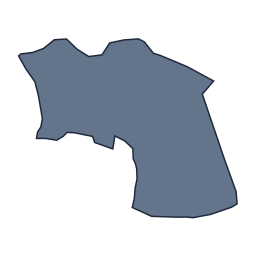 the District of Sembabule, rotated 351°
{"feature_id": "UGA-3077", "entity_name": "Sembabule", "entity_type": "District", "adm_level": 1, "iso_a3": "UGA", "parent_name": "Uganda", "parent_adm1": "", "projection": "robinson", "projection_center": [31.266, -0.042], "detail": "fine", "context": "isolated", "style": "filled", "palette": "slate", "viewbox_px": 256, "rotation_deg": 351, "n_neighbors": 0, "source": "natural_earth", "source_scale": "10m", "svg_char_len": 776}
<svg xmlns="http://www.w3.org/2000/svg" viewBox="0 0 256 256"><g transform="rotate(351 128 128)"><path d="M31.2,39.7L33.7,38.1L45.6,38.5L56.9,36.3L69.1,29.3L81.2,30.5L90.1,42.3L100.5,51.3L113.7,51.7L123.3,41.1L137.8,40.4L152.3,41.6L157.6,45.5L164.8,58.2L171.3,61.4L196.3,76.9L219.9,95.0L206.7,106.2L211.2,132.5L218.5,174.7L224.8,207.6L223.9,220.0L217.8,222.4L195.9,226.3L178.0,226.7L171.0,224.9L164.0,224.0L137.6,219.0L119.8,207.2L123.3,198.3L125.7,188.3L129.0,179.6L130.2,169.8L129.8,164.4L128.3,159.2L129.6,149.2L122.8,140.3L113.8,133.8L109.7,146.3L92.8,137.1L91.8,130.8L74.6,124.4L67.1,122.8L62.7,126.1L55.7,128.9L45.0,125.4L36.0,124.0L38.0,118.0L42.1,113.3L44.9,105.4L44.6,82.2L43.3,67.8L36.6,54.2L31.2,39.7Z" fill="#64748b" stroke="#1e293b" stroke-width="1.5"/></g></svg>